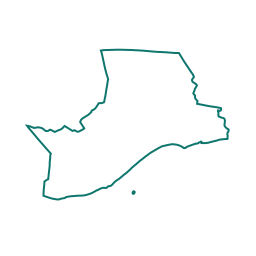 the district of La Gi, Bình Thuận, Vietnam, rotated 10°
{"feature_id": "81297802B85161602276488", "entity_name": "La Gi", "entity_type": "district", "adm_level": 2, "iso_a3": "VNM", "parent_name": "Vietnam", "parent_adm1": "Bình Thuận", "projection": "orthographic", "projection_center": [107.79, 10.714], "detail": "fine", "context": "isolated", "style": "outline", "palette": "teal", "viewbox_px": 256, "rotation_deg": 10, "n_neighbors": 0, "source": "geoboundaries", "source_scale": "gbopen_adm2", "svg_char_len": 4800}
<svg xmlns="http://www.w3.org/2000/svg" viewBox="0 0 256 256"><g transform="rotate(10 128 128)"><path d="M56.5,209.4L57.1,209.5L61.6,210.2L65.7,210.7L69.5,210.7L71.1,210.6L72.5,210.3L74.4,209.2L78.0,207.9L78.4,207.5L78.7,207.0L80.0,206.4L83.0,205.3L90.7,203.3L93.9,202.7L96.4,202.0L99.1,200.9L102.5,199.1L104.4,197.8L108.2,194.7L108.8,194.5L109.9,193.7L110.4,193.1L111.4,192.5L112.6,191.8L113.4,191.4L114.4,191.1L115.4,191.0L116.6,190.9L117.2,190.7L117.5,190.4L118.6,188.9L119.4,188.6L120.8,188.1L121.5,187.5L122.4,186.4L122.9,185.5L123.4,184.7L124.7,182.8L126.4,181.1L127.3,180.4L129.2,178.3L132.5,174.3L134.0,172.8L134.1,172.6L135.4,171.0L136.6,169.4L137.3,168.6L138.1,167.4L138.5,166.7L139.2,165.9L141.3,163.3L142.4,162.1L143.7,160.4L145.4,158.3L147.3,156.3L148.7,154.7L150.1,153.1L151.8,151.4L153.6,149.4L154.2,148.9L154.5,148.5L154.6,148.4L155.1,148.0L156.5,146.8L158.7,144.9L160.4,143.5L160.8,143.1L163.1,141.3L164.3,140.4L164.9,140.0L166.8,139.2L170.7,137.6L173.8,136.4L175.0,136.2L177.6,136.0L179.2,136.0L180.9,136.2L183.3,136.7L185.0,137.3L185.7,137.7L186.1,138.0L186.6,138.1L187.2,137.9L188.1,137.7L188.4,137.2L188.8,136.7L189.9,135.9L191.6,134.9L193.4,133.9L195.4,132.7L196.5,132.2L196.9,131.8L197.4,131.7L199.1,131.2L199.5,131.0L199.8,130.7L200.0,130.4L200.4,130.0L200.9,129.7L201.3,129.5L201.5,129.5L201.8,129.3L201.9,129.1L202.0,128.9L202.3,128.7L202.7,128.7L202.9,129.0L202.8,129.4L202.7,129.7L202.7,129.9L203.0,130.1L207.0,129.4L209.5,128.6L213.1,126.9L217.3,125.1L219.9,123.7L222.3,122.9L226.8,121.7L227.8,121.5L227.8,121.0L227.6,119.3L227.5,118.4L227.4,117.9L227.0,117.2L226.9,116.5L226.8,115.8L226.9,115.3L227.2,114.6L227.5,113.7L227.5,112.7L227.4,112.1L227.2,111.9L226.5,111.6L225.5,111.3L224.2,110.5L223.2,109.6L222.8,109.2L222.7,108.8L222.5,108.3L222.4,107.3L222.3,105.2L222.2,104.0L221.8,103.0L221.6,102.5L221.3,102.2L220.8,101.9L220.4,101.7L219.5,101.6L218.2,101.5L217.2,101.3L216.9,101.2L216.5,101.1L215.3,100.9L215.0,100.5L214.6,99.0L214.6,98.3L214.5,97.5L214.2,96.8L213.7,96.0L213.7,95.0L215.4,95.2L215.8,94.9L216.3,94.6L216.4,94.1L216.5,93.6L216.4,93.3L216.2,92.4L214.2,92.2L209.9,92.2L204.9,92.4L194.2,92.2L192.0,92.2L191.9,92.2L191.8,91.7L191.8,90.6L191.8,90.0L191.8,89.6L191.7,89.4L190.7,88.6L189.3,87.4L188.9,86.8L188.7,86.4L188.6,85.7L188.5,85.2L188.4,84.5L188.3,84.3L188.0,84.0L187.1,83.5L186.6,83.0L186.4,82.7L186.3,82.4L186.5,81.6L186.8,80.2L187.0,79.2L187.0,78.4L187.1,77.8L187.4,77.1L188.1,75.4L188.4,74.6L188.4,74.2L188.3,73.7L187.7,73.3L187.1,72.9L185.9,72.3L184.4,71.7L183.6,71.2L183.3,70.9L183.0,70.4L182.7,69.7L182.8,69.3L182.9,68.6L183.2,68.0L183.8,67.0L183.9,66.6L184.0,66.1L183.9,65.8L183.4,65.2L183.0,64.8L182.6,64.0L182.2,63.6L181.9,63.3L181.5,63.0L172.2,53.3L170.7,51.6L165.1,45.3L164.9,45.3L164.6,45.4L161.0,46.0L152.8,46.8L151.0,47.0L147.8,47.4L143.0,48.0L141.2,48.2L137.9,48.5L129.5,49.2L126.9,49.5L123.7,49.9L121.3,50.2L118.3,50.5L114.6,51.1L111.1,51.6L105.8,52.4L100.7,53.4L96.5,54.3L92.4,55.1L88.9,56.0L87.8,56.4L88.8,58.2L90.0,60.9L92.4,66.8L94.8,72.7L97.5,78.6L100.0,83.4L100.0,83.9L99.9,84.3L99.9,85.0L100.0,88.8L100.0,93.4L100.1,97.7L100.1,102.0L100.0,103.3L100.0,106.3L99.8,106.9L98.6,107.6L97.3,108.2L95.3,108.5L95.0,108.7L94.8,108.8L94.6,109.4L94.2,110.4L93.9,111.1L93.2,112.7L92.6,114.0L92.0,114.8L91.3,115.5L90.9,116.0L90.4,116.4L89.7,116.7L89.5,116.9L89.3,117.1L89.2,117.5L89.2,117.8L89.1,118.2L89.1,118.6L88.8,119.1L87.9,120.3L86.7,121.8L84.0,124.3L82.1,125.9L81.0,127.2L80.6,127.7L80.3,128.4L80.1,128.8L80.1,129.2L79.9,130.5L80.9,131.6L83.9,134.8L84.7,135.6L85.0,136.0L84.8,136.4L82.8,138.0L81.3,139.2L80.2,140.0L79.3,140.4L78.4,140.4L76.6,139.8L76.0,139.6L75.7,139.5L73.9,140.5L67.7,138.0L65.6,137.2L65.3,137.0L64.6,137.8L64.2,138.4L63.8,139.2L63.2,139.9L62.7,140.5L61.8,141.2L59.9,142.3L56.5,144.6L55.2,144.2L53.7,143.7L53.3,143.5L52.6,143.3L52.3,143.3L51.9,143.2L51.6,143.2L51.4,143.3L51.0,143.5L50.8,143.7L50.4,144.2L50.2,144.4L49.9,144.6L49.7,144.8L49.2,145.0L48.8,145.1L48.4,145.1L47.5,145.2L47.0,145.0L46.1,144.5L45.1,143.9L44.7,143.7L44.2,143.4L43.7,143.3L43.2,143.1L42.9,143.0L41.1,142.9L40.1,142.9L39.6,142.9L39.2,143.0L38.6,143.1L38.2,143.3L37.7,143.5L37.1,143.7L36.6,143.9L36.2,144.0L35.9,144.2L35.6,144.2L35.2,144.2L33.7,143.9L31.6,143.5L30.7,143.4L30.3,143.4L29.8,143.3L29.0,143.3L28.2,143.3L29.7,144.8L38.5,152.1L42.3,155.3L52.6,163.6L56.5,166.7L56.3,167.4L56.2,167.8L56.6,171.6L56.8,174.7L57.2,177.5L57.4,178.5L57.7,183.2L57.8,184.7L58.1,189.2L58.3,192.3L57.6,192.7L56.9,193.3L55.8,194.4L55.0,195.3L55.4,198.2L55.5,199.9L55.6,202.1L56.0,205.7L56.4,208.7L56.5,209.4ZM145.0,191.8L145.3,191.5L145.6,191.0L145.7,190.6L145.7,190.0L145.5,189.6L145.2,189.4L144.6,189.3L144.4,189.5L144.1,189.8L143.9,190.1L143.8,191.1L143.9,191.5L144.2,191.8L144.5,191.9L145.0,191.8Z" fill="none" stroke="#0f766e" stroke-width="2"/></g></svg>